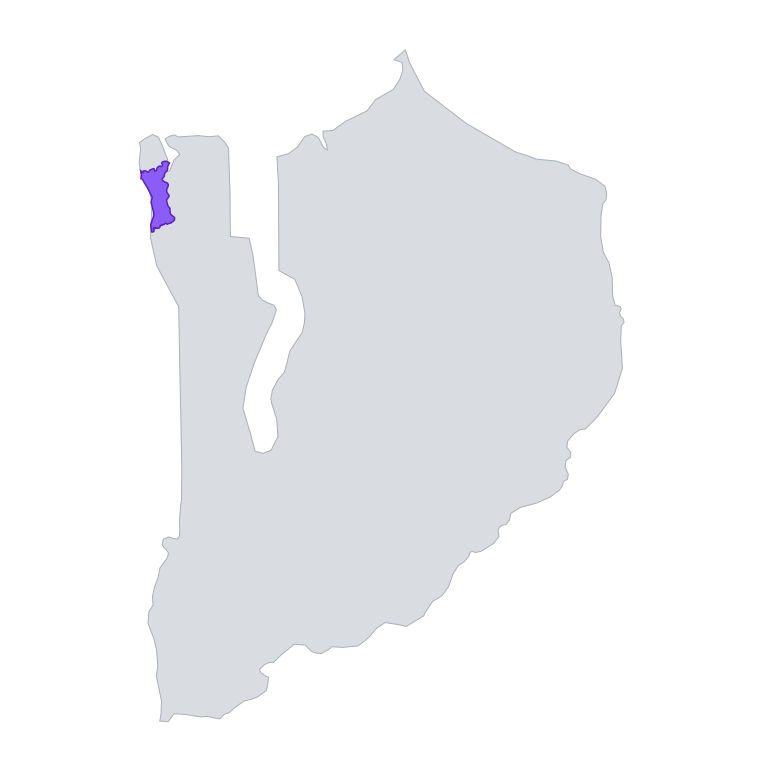 Ziguinchor, Ziguinchor, Senegal shown in context, rotated 89°
{"feature_id": "50182788B19119296887329", "entity_name": "Ziguinchor", "entity_type": "district", "adm_level": 2, "iso_a3": "SEN", "parent_name": "Senegal", "parent_adm1": "Ziguinchor", "projection": "albers", "projection_center": [-16.18, 12.511], "detail": "fine", "context": "in_parent", "style": "filled", "palette": "violet", "viewbox_px": 768, "rotation_deg": 89, "n_neighbors": 0, "source": "geoboundaries", "source_scale": "gbopen_adm2", "svg_char_len": 7807}
<svg xmlns="http://www.w3.org/2000/svg" viewBox="0 0 768 768"><g transform="rotate(89 384 384)"><path d="M616.3,348.1L626.7,365.8L624.7,374.4L622.5,387.0L628.4,396.0L635.2,401.8L640.1,407.2L645.5,414.7L646.6,429.6L645.8,440.5L649.4,445.3L652.4,451.4L651.9,456.6L650.1,461.2L643.7,467.3L642.7,478.5L653.5,492.0L660.4,499.3L660.4,503.5L662.3,508.1L667.4,513.5L670.5,512.1L673.8,507.6L675.2,504.6L684.3,505.8L688.6,507.1L694.6,515.9L696.8,521.7L698.3,529.1L704.6,538.3L710.0,544.7L711.1,548.8L716.0,554.2L713.3,566.5L713.7,572.8L710.8,589.3L710.2,597.1L710.4,600.0L717.8,605.7L717.2,614.1L709.8,612.7L697.1,612.0L671.7,616.8L662.9,615.1L646.2,616.0L634.3,618.6L619.2,624.2L607.5,623.0L601.1,618.8L592.7,619.2L583.3,617.1L573.2,613.1L564.0,611.2L554.1,603.7L549.4,602.4L546.2,604.4L543.5,607.0L540.7,608.6L535.3,607.3L533.2,602.1L534.8,597.1L535.3,593.3L532.7,591.3L526.7,590.7L517.0,590.8L501.3,589.4L497.6,588.5L462.5,587.6L426.0,587.7L395.1,587.8L356.2,587.9L328.7,587.9L303.2,587.9L283.4,598.1L262.1,609.1L233.3,615.0L200.2,612.9L189.6,614.5L178.6,619.3L170.6,622.9L159.2,625.0L144.4,623.2L138.5,624.3L134.8,619.3L130.5,611.1L133.2,605.2L142.2,601.4L155.7,596.4L162.8,599.0L167.0,599.1L167.7,595.9L166.4,594.2L156.2,589.9L150.9,584.1L146.6,587.5L142.8,594.5L139.6,596.6L135.0,598.6L132.4,593.8L131.3,589.1L133.4,585.6L132.4,565.4L133.7,554.7L133.0,545.3L139.4,539.1L145.5,535.3L169.1,535.0L191.1,534.6L212.2,534.9L233.8,535.0L235.9,516.3L242.7,514.8L252.9,512.8L271.9,510.5L293.1,508.2L297.6,504.5L301.1,498.3L303.3,492.7L307.7,490.3L313.6,492.2L321.4,495.1L329.5,499.6L338.7,503.7L344.9,506.3L359.7,512.9L385.0,521.9L405.8,525.5L430.9,518.5L449.0,514.0L451.2,506.0L448.3,498.1L434.7,491.0L416.4,492.0L410.8,493.9L402.2,496.4L397.1,497.4L388.4,495.8L377.4,489.6L370.4,483.4L360.8,480.5L349.3,477.6L330.9,464.8L321.3,462.5L312.2,461.8L294.8,464.5L277.8,471.4L268.8,487.1L251.8,486.9L215.6,486.5L182.4,486.0L154.9,487.1L152.2,475.7L145.7,466.6L135.2,458.9L132.8,451.7L136.4,445.4L146.6,440.3L149.0,436.6L143.6,437.2L135.6,440.5L130.2,440.6L129.6,430.7L120.7,417.9L110.6,396.2L99.3,387.3L89.8,369.7L79.8,362.9L70.7,359.7L62.8,360.4L59.9,368.3L50.2,356.8L63.6,352.7L92.2,338.4L125.0,297.1L154.4,248.2L158.2,236.7L161.8,227.9L164.1,207.9L168.3,196.0L172.3,193.7L177.2,184.6L183.2,168.6L190.0,159.7L197.5,158.0L203.4,158.7L207.6,162.0L219.9,164.1L240.4,164.8L256.1,162.4L267.3,156.8L281.9,154.0L300.0,153.8L309.5,151.5L310.4,146.9L312.8,145.5L316.6,147.3L320.1,146.5L323.5,143.3L326.8,143.0L330.1,145.8L345.3,146.6L372.4,145.3L397.4,153.6L420.5,171.3L432.4,183.2L433.2,189.2L437.1,195.2L444.0,201.2L450.3,202.3L455.9,198.4L460.4,198.7L463.7,203.4L470.3,204.3L477.5,201.3L482.7,202.3L483.7,205.0L484.9,206.5L488.5,207.1L493.3,210.6L500.0,220.1L505.6,233.3L510.0,250.3L515.6,259.5L522.5,261.0L526.5,264.4L527.4,268.5L529.4,271.2L532.7,272.7L538.5,271.7L545.4,277.4L552.9,289.8L554.1,295.4L553.0,298.5L553.5,300.7L558.4,302.7L563.0,306.8L566.9,312.9L575.1,318.3L587.6,322.9L596.8,329.9L602.4,339.4L613.9,347.2L616.3,348.1Z" fill="#d9dde1" stroke="#a8b0b8" stroke-width="1"/><path d="M159.4,594.5L159.1,594.8L158.6,595.5L158.3,596.1L157.9,596.9L157.6,597.4L157.5,598.3L157.5,598.8L157.5,599.5L157.9,601.0L158.2,601.6L158.5,602.0L158.8,602.3L159.2,602.4L159.5,602.4L160.0,602.2L160.5,601.9L161.0,601.7L161.3,601.7L161.7,601.7L162.0,601.9L162.3,602.0L162.7,602.3L162.7,602.6L162.7,602.9L162.7,603.1L162.3,603.6L162.2,603.9L162.2,604.3L162.3,604.7L162.5,605.2L162.8,605.9L163.2,606.5L163.7,606.9L163.8,606.9L164.5,607.2L165.0,607.4L165.5,607.5L166.1,607.6L166.4,607.8L166.7,608.4L167.0,609.0L167.1,609.4L166.9,609.6L166.8,609.8L166.6,609.8L166.4,609.8L166.2,609.8L165.8,609.8L165.3,609.8L165.1,609.9L164.9,610.1L164.7,610.5L164.8,611.1L164.9,611.6L165.1,612.0L165.3,612.6L165.6,613.4L165.8,613.8L166.0,614.2L166.1,614.5L166.3,614.7L166.5,614.8L167.5,615.2L167.9,615.6L168.1,616.0L168.0,616.5L167.9,616.6L167.7,616.8L167.6,617.0L167.5,617.3L167.4,617.4L167.4,617.6L167.2,617.9L167.2,618.0L167.0,618.3L167.0,618.5L166.9,618.6L166.8,618.8L166.7,618.9L166.6,619.0L166.7,619.4L166.7,619.6L166.8,619.8L166.7,620.2L166.8,620.6L166.9,621.1L167.1,621.3L167.4,621.4L167.6,621.3L167.9,621.2L168.1,621.2L168.3,621.4L168.5,621.5L168.5,621.8L168.4,622.1L168.0,622.3L167.9,622.2L167.6,622.0L167.4,622.1L167.3,622.4L167.3,622.5L167.2,622.9L167.1,623.0L166.7,623.5L167.1,623.4L167.4,623.3L167.7,623.3L168.3,623.3L169.2,623.2L169.7,623.1L170.4,623.0L170.7,623.0L171.3,623.1L172.5,623.2L173.9,623.4L174.4,623.4L174.6,622.9L175.1,622.0L175.6,621.7L176.3,621.2L177.4,620.7L178.3,620.3L178.6,620.2L179.3,619.8L180.0,619.3L181.0,618.7L182.0,618.1L182.9,617.6L184.0,617.0L184.8,616.6L185.6,616.2L186.5,615.7L187.2,615.3L188.6,614.8L189.1,614.5L189.7,614.3L190.3,614.0L190.7,613.8L191.5,613.3L192.7,612.8L193.8,612.5L194.1,612.6L194.9,612.9L195.6,613.0L196.3,613.3L197.2,613.5L198.2,613.8L198.5,613.7L198.8,613.6L199.6,613.4L200.8,613.1L202.1,612.8L203.0,612.6L204.4,612.3L205.6,612.0L206.7,611.7L208.4,611.3L209.2,611.3L210.4,611.2L211.6,611.2L211.9,611.3L212.3,611.4L212.9,611.6L214.3,612.2L215.1,612.5L215.7,612.7L215.7,612.8L216.1,612.9L216.6,613.1L217.8,613.5L220.9,614.5L221.2,614.5L222.4,614.4L225.1,614.0L226.5,613.8L227.2,613.8L227.4,613.7L227.8,613.7L228.0,613.4L228.0,613.2L228.0,612.8L227.9,612.7L227.9,612.3L227.8,612.2L227.7,612.2L227.6,611.9L227.6,611.7L227.4,611.6L227.0,611.4L226.9,611.3L226.7,611.3L226.5,611.2L226.3,611.2L226.0,611.2L225.8,611.2L225.7,611.3L225.3,611.4L225.2,611.6L224.8,611.7L224.5,611.9L224.3,611.9L224.2,611.9L224.1,611.6L224.0,611.3L223.9,611.2L223.7,610.8L223.6,610.6L223.5,610.3L223.6,610.2L223.8,610.1L224.1,609.9L224.3,609.8L224.4,609.7L224.5,609.7L224.4,609.3L224.4,609.2L224.3,608.9L224.2,608.6L224.2,608.4L224.2,608.2L224.3,608.0L224.4,607.7L224.3,607.4L224.4,607.2L224.3,606.9L224.2,606.6L224.1,606.4L224.1,606.1L223.7,605.7L223.4,605.6L223.0,605.3L222.9,605.2L222.6,605.0L222.2,604.8L221.8,604.8L221.6,604.8L221.5,604.6L221.5,604.3L221.5,604.2L221.4,604.1L221.3,603.8L221.1,603.7L220.9,603.6L220.8,603.3L220.9,603.2L220.7,603.2L220.8,602.7L220.8,602.4L220.7,602.2L220.8,602.0L220.8,601.9L220.8,601.7L220.7,601.7L220.5,601.3L220.6,601.1L220.4,600.8L220.4,600.7L219.9,600.5L219.8,600.3L219.7,600.2L219.7,599.8L219.7,599.6L219.6,599.4L219.6,599.2L219.9,598.9L220.0,598.6L220.3,598.2L220.2,598.0L220.3,597.8L220.4,597.6L220.2,597.4L220.0,597.1L220.0,596.9L219.9,596.6L219.8,596.4L219.8,596.2L219.7,595.9L219.6,595.7L219.5,595.3L219.4,595.1L219.4,594.9L219.3,594.7L219.2,594.4L219.3,594.2L219.2,594.1L219.1,593.9L218.9,593.7L218.5,593.3L218.4,593.2L218.2,593.0L218.1,592.7L217.9,592.4L217.7,592.0L217.6,591.8L217.5,591.7L217.2,591.4L216.9,591.1L216.6,590.9L216.4,590.8L216.0,590.6L215.4,590.5L214.9,590.5L214.6,590.5L214.1,590.5L213.9,590.7L213.5,591.0L212.7,591.9L212.4,592.3L211.3,593.6L211.1,593.7L210.4,594.4L209.7,594.7L209.2,594.8L206.9,594.9L206.6,594.9L204.8,595.0L204.1,595.3L203.8,595.6L203.1,596.2L202.2,596.9L201.3,597.1L201.1,597.2L199.8,597.5L199.3,597.6L198.9,597.7L198.4,597.9L196.5,598.2L196.3,598.2L196.0,598.2L195.7,598.0L195.0,597.3L194.4,597.0L194.1,596.6L193.2,596.0L192.2,595.6L191.2,595.9L190.9,596.0L190.6,596.3L190.4,596.5L189.9,596.9L189.2,597.3L188.8,597.6L188.6,597.7L188.2,597.8L187.5,597.9L187.3,597.9L185.2,597.8L184.6,597.5L184.1,597.1L183.5,596.8L182.8,596.5L181.9,596.3L180.9,596.2L179.8,596.7L179.5,597.0L179.4,597.1L178.9,597.6L178.8,597.9L178.5,598.8L178.3,599.2L178.3,599.3L178.2,599.4L178.0,599.9L177.6,600.6L176.3,602.0L175.3,602.1L174.7,601.9L174.2,601.5L173.9,601.3L173.7,601.0L173.1,600.5L172.7,600.2L172.2,600.0L171.2,599.9L170.1,599.7L169.6,599.6L169.1,599.2L167.8,597.9L166.8,597.0L165.6,596.7L164.3,596.6L163.5,596.5L162.5,596.3L161.9,596.1L161.2,595.7L160.6,595.4L160.2,595.1L159.4,594.5Z" fill="#8b5cf6" stroke="#5b21b6" stroke-width="1.5"/></g></svg>